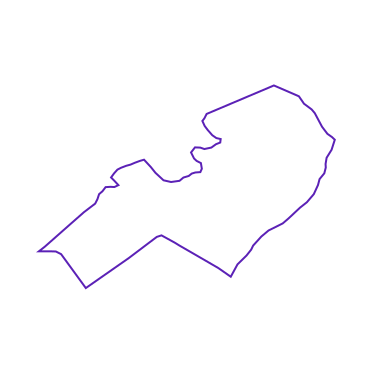 the district of Frei Martinho, Paraíba, Brazil, rotated 207°
{"feature_id": "56859067B64708256874841", "entity_name": "Frei Martinho", "entity_type": "district", "adm_level": 2, "iso_a3": "BRA", "parent_name": "Brazil", "parent_adm1": "Paraíba", "projection": "albers", "projection_center": [-36.44, -6.407], "detail": "fine", "context": "isolated", "style": "outline", "palette": "violet", "viewbox_px": 384, "rotation_deg": 207, "n_neighbors": 0, "source": "geoboundaries", "source_scale": "gbopen_adm2", "svg_char_len": 1236}
<svg xmlns="http://www.w3.org/2000/svg" viewBox="0 0 384 384"><g transform="rotate(207 192 192)"><path d="M85.7,277.6L87.6,283.6L86.8,293.0L88.5,303.4L92.2,304.5L97.8,305.3L105.8,309.2L118.4,318.0L122.9,319.9L132.3,321.5L140.2,325.8L167.4,324.1L214.4,268.2L214.4,263.3L215.0,260.0L210.7,256.6L206.0,254.3L199.7,251.8L194.8,251.1L190.5,252.2L189.3,248.9L192.3,245.5L194.9,240.4L200.5,235.9L204.8,235.3L209.6,233.1L210.8,226.8L205.4,222.8L202.0,221.8L197.2,221.8L193.8,217.2L193.6,213.5L197.9,210.9L200.6,208.3L202.2,204.8L206.2,201.0L208.2,196.3L215.2,191.4L222.7,189.5L233.3,192.5L239.9,195.5L249.4,199.0L252.4,196.2L256.2,192.1L259.2,188.5L262.5,185.5L266.2,181.4L268.6,178.1L269.9,173.2L270.7,168.2L266.4,166.8L260.7,164.7L263.4,161.2L267.0,159.6L271.2,157.1L272.1,152.1L273.8,147.9L273.0,142.7L273.0,137.7L279.1,125.0L286.1,107.4L298.3,76.5L301.5,69.6L290.3,75.3L286.3,77.2L280.4,77.2L243.0,58.2L218.3,104.5L203.0,136.0L199.5,139.5L183.9,139.0L179.1,138.6L161.8,137.7L134.1,136.2L119.0,134.1L118.6,148.2L114.6,160.1L113.1,167.5L113.2,172.0L110.0,183.8L106.3,192.5L96.9,205.2L94.1,212.0L88.6,227.2L85.0,235.0L82.5,245.4L82.9,255.4L84.2,261.4L82.6,268.7L83.9,274.5L85.7,277.6Z" fill="none" stroke="#5b21b6" stroke-width="2"/></g></svg>